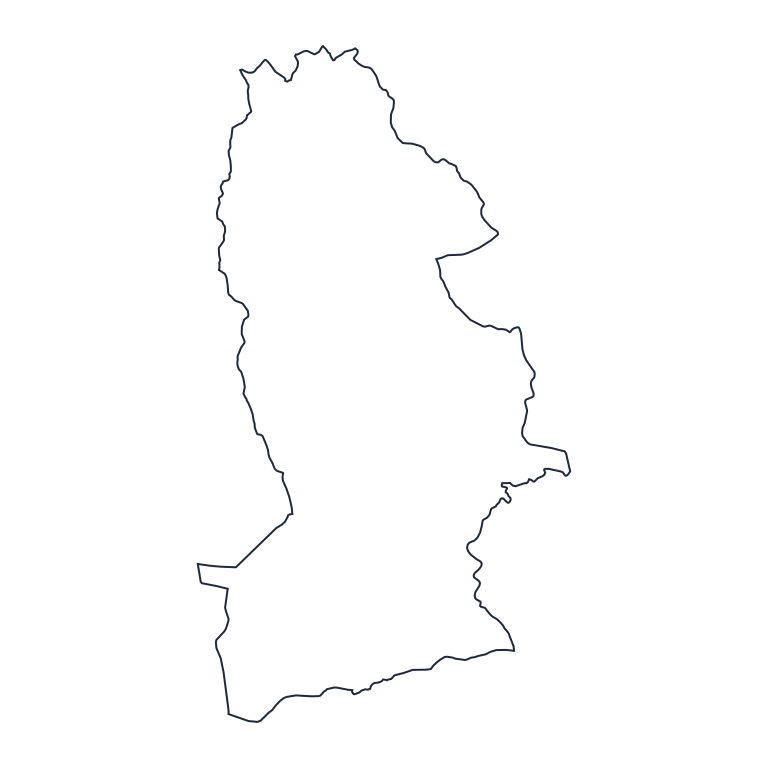 the district of Wat Bot, Phitsanulok, Thailand
{"feature_id": "78962969B51687316789717", "entity_name": "Wat Bot", "entity_type": "district", "adm_level": 2, "iso_a3": "THA", "parent_name": "Thailand", "parent_adm1": "Phitsanulok", "projection": "orthographic", "projection_center": [100.372, 17.16], "detail": "fine", "context": "isolated", "style": "outline", "palette": "slate", "viewbox_px": 768, "rotation_deg": 0, "n_neighbors": 0, "source": "geoboundaries", "source_scale": "gbopen_adm2", "svg_char_len": 6046}
<svg xmlns="http://www.w3.org/2000/svg" viewBox="0 0 768 768"><path d="M355.1,48.3L354.3,49.0L351.8,50.0L344.8,51.7L341.9,54.4L336.0,57.8L334.4,60.0L333.6,60.4L332.9,60.1L331.6,57.9L330.3,55.3L330.0,53.6L328.1,52.5L326.1,49.3L322.9,46.1L322.4,46.3L319.1,51.8L314.8,54.3L314.0,54.2L307.8,51.1L306.0,50.9L303.6,51.4L297.7,54.4L296.0,54.5L295.0,56.1L297.8,61.4L298.0,63.5L297.5,66.6L295.7,70.5L293.3,72.8L292.4,74.2L290.9,80.1L288.8,80.5L287.3,81.6L285.2,80.9L285.2,78.8L284.3,77.7L275.5,71.8L270.5,64.9L267.9,61.7L265.9,60.0L265.1,59.9L263.8,60.8L260.1,65.4L256.8,68.4L255.2,70.7L253.5,72.1L251.5,72.7L249.0,72.7L246.4,72.0L242.1,69.6L240.2,70.1L242.5,75.1L246.0,80.3L246.9,82.7L248.5,85.1L248.5,87.6L247.7,90.9L248.2,94.9L248.3,98.9L249.4,104.6L251.3,111.3L250.7,112.2L247.1,115.2L246.5,118.2L245.9,119.4L241.9,123.1L238.5,124.4L232.5,127.9L231.4,137.5L230.4,139.9L230.2,142.0L230.4,147.3L228.6,151.1L228.9,155.0L230.3,160.5L230.8,165.6L230.9,171.0L230.3,172.6L229.3,174.1L229.7,176.3L229.5,178.2L229.0,179.4L228.0,180.2L223.3,181.5L222.9,181.9L222.6,183.4L221.2,185.3L220.7,186.9L221.1,189.1L222.7,192.7L222.9,193.9L221.9,195.7L219.1,197.8L218.8,198.5L219.7,203.2L217.6,209.1L216.9,213.3L217.5,218.3L221.8,221.3L222.5,222.2L223.3,224.4L224.8,226.2L225.1,230.5L224.9,232.2L223.8,235.8L224.0,240.0L223.2,241.8L219.0,247.6L218.8,248.9L219.2,255.7L220.3,260.1L219.4,262.4L219.4,268.3L218.9,269.9L224.9,273.9L226.5,277.6L227.6,284.6L228.2,292.5L228.8,294.6L231.2,296.4L234.2,299.9L236.2,301.1L241.8,303.1L242.9,303.9L247.8,310.8L248.4,314.6L248.2,316.6L244.3,319.5L243.9,320.3L241.9,326.6L241.7,334.0L244.5,341.1L244.5,342.7L240.9,348.0L237.6,356.2L237.7,359.4L237.3,363.3L237.6,365.7L238.8,369.2L241.2,371.9L243.3,378.1L244.2,383.3L244.8,387.1L243.6,392.7L243.6,393.8L245.3,397.5L246.5,399.0L246.8,400.6L248.3,402.9L251.1,409.5L252.7,414.5L253.6,420.4L254.6,423.7L254.8,427.8L257.1,433.8L257.7,434.3L260.9,434.8L262.7,436.3L266.4,445.2L268.0,449.9L268.6,454.8L269.4,457.5L272.8,463.8L274.0,467.3L275.2,469.2L276.5,470.5L277.9,471.2L282.9,472.8L283.2,473.1L282.5,476.9L282.9,480.7L286.5,488.8L289.3,497.0L291.7,507.4L292.3,513.5L292.4,513.9L289.5,514.5L288.1,515.3L287.4,517.4L284.8,522.0L282.1,524.4L276.0,528.3L235.9,567.3L220.9,566.7L210.5,565.8L197.8,564.0L200.7,581.6L201.8,583.2L216.3,586.0L227.7,588.8L225.1,607.7L226.4,612.7L228.5,618.7L228.4,621.1L226.0,628.5L224.4,631.3L216.3,640.0L215.9,642.1L216.4,648.0L220.7,658.2L223.6,672.5L228.2,707.6L228.6,711.8L228.5,714.1L248.7,721.1L257.8,721.9L260.8,720.5L268.7,712.7L272.4,709.9L275.8,705.4L279.8,701.2L283.1,698.6L284.7,697.7L287.3,696.8L296.0,695.4L311.4,696.3L318.7,696.1L320.5,695.5L324.0,691.5L325.7,690.6L326.9,689.2L334.2,687.5L336.2,687.5L348.8,689.9L352.3,690.1L352.0,691.8L353.6,694.1L354.7,694.2L359.3,692.5L361.6,690.5L365.4,689.3L368.0,689.7L369.4,688.9L370.2,688.8L370.8,686.4L372.3,684.3L374.4,683.0L378.0,682.6L380.8,681.7L381.7,681.2L383.1,679.5L385.8,679.8L386.9,680.3L388.0,679.6L391.3,678.9L394.4,675.4L403.9,672.9L412.7,669.9L425.6,669.7L430.7,669.1L433.3,665.7L436.1,663.0L439.6,660.1L444.6,657.0L447.2,656.7L452.5,657.6L455.5,658.7L464.6,659.9L466.1,659.8L471.4,657.6L474.6,657.2L478.5,655.9L485.7,654.3L490.5,651.8L496.3,650.1L505.9,649.9L514.1,650.8L513.6,646.4L508.5,633.2L506.2,630.1L504.7,628.6L503.2,625.8L500.4,622.4L496.9,619.2L492.2,616.4L489.4,613.6L485.0,607.9L480.9,606.7L480.3,606.3L480.1,605.7L480.7,602.8L480.3,601.5L476.2,599.3L475.2,598.0L474.7,595.3L475.4,592.2L479.5,585.6L480.0,583.2L479.3,581.4L474.0,577.2L473.7,575.8L473.9,574.6L475.1,572.7L478.3,569.9L480.2,567.7L481.5,565.5L481.7,563.3L480.7,561.7L476.6,559.2L470.7,554.6L469.8,553.5L468.3,551.4L467.4,549.2L467.1,547.5L467.7,544.7L469.5,542.6L474.5,540.5L477.3,537.9L480.0,532.8L481.7,526.3L482.7,520.6L483.9,519.4L486.6,518.0L488.3,516.3L489.6,514.5L491.0,509.2L492.0,508.3L495.8,506.4L496.7,504.7L499.0,502.7L500.7,498.9L501.8,498.3L503.4,498.6L506.8,502.1L508.2,502.8L509.3,502.3L510.4,500.7L510.7,499.7L510.4,497.9L508.8,496.4L507.5,493.8L505.7,492.1L505.7,491.1L507.0,488.6L507.0,488.0L506.1,487.4L502.1,486.5L501.7,485.6L502.2,483.2L510.0,483.0L512.8,485.6L515.6,486.2L524.5,483.2L526.6,483.2L528.1,481.8L529.1,479.2L531.3,480.0L533.2,481.5L534.4,481.5L537.7,478.3L542.7,476.1L544.4,474.7L545.2,472.7L544.1,470.0L544.4,469.2L545.1,468.9L549.0,468.9L560.9,471.5L563.1,472.5L564.6,475.1L565.8,475.8L567.1,475.3L568.2,474.3L570.2,471.4L566.1,453.5L564.7,451.4L551.7,448.1L530.2,444.4L527.4,442.7L522.6,436.1L522.1,433.2L522.5,428.4L522.9,427.0L524.6,423.4L527.1,411.2L527.0,409.8L525.1,402.7L525.3,400.8L525.8,399.9L526.6,399.4L532.6,396.9L533.4,396.0L533.7,393.8L531.5,387.5L530.8,383.9L531.2,381.6L531.7,380.5L534.3,377.3L534.7,374.3L534.4,372.0L526.2,360.2L523.9,355.1L522.4,348.9L521.1,333.7L519.5,328.7L518.9,327.7L518.3,327.3L516.5,327.4L513.5,328.5L512.0,329.7L510.3,331.9L509.5,332.1L506.2,329.9L504.9,329.5L502.0,329.1L498.1,329.2L490.9,325.8L489.0,325.6L485.5,326.6L483.3,326.5L470.4,319.9L458.8,308.1L456.1,306.2L451.5,299.2L449.6,297.7L448.6,292.6L445.5,286.9L443.3,281.3L441.6,279.2L440.4,277.0L440.1,270.1L438.1,263.4L436.3,259.1L441.4,257.9L447.8,255.2L461.3,254.7L464.0,254.2L468.1,252.8L479.5,247.7L491.3,240.1L498.0,234.5L497.7,232.3L497.3,231.6L495.8,230.4L491.5,227.9L484.3,219.9L481.9,216.0L481.3,213.9L481.3,209.5L481.6,208.4L483.9,204.3L483.7,202.8L479.4,197.5L477.5,192.8L475.8,190.2L471.3,184.6L467.0,181.6L463.7,180.7L461.1,178.1L460.3,176.9L459.1,173.4L457.2,171.2L456.5,167.8L455.7,165.9L450.9,163.7L449.1,163.3L445.9,160.4L443.7,159.2L441.7,159.5L438.3,162.3L437.2,162.4L435.0,162.0L433.5,161.0L426.1,153.2L424.6,149.0L423.2,147.7L420.2,146.0L412.4,143.7L404.2,143.2L402.5,142.8L397.6,138.0L394.8,130.9L392.1,127.2L390.8,122.7L391.0,114.4L393.4,108.0L393.9,103.0L393.8,100.2L392.3,98.6L388.5,95.9L387.6,92.4L386.1,90.2L382.9,89.6L380.2,86.9L379.4,85.5L376.6,76.9L375.2,74.3L371.5,69.0L369.2,67.6L364.3,66.8L362.4,66.1L358.6,63.6L354.4,59.7L354.0,58.7L354.1,57.7L357.4,53.5L357.8,51.5L357.5,50.3L355.1,48.3Z" fill="none" stroke="#1e293b" stroke-width="2"/></svg>